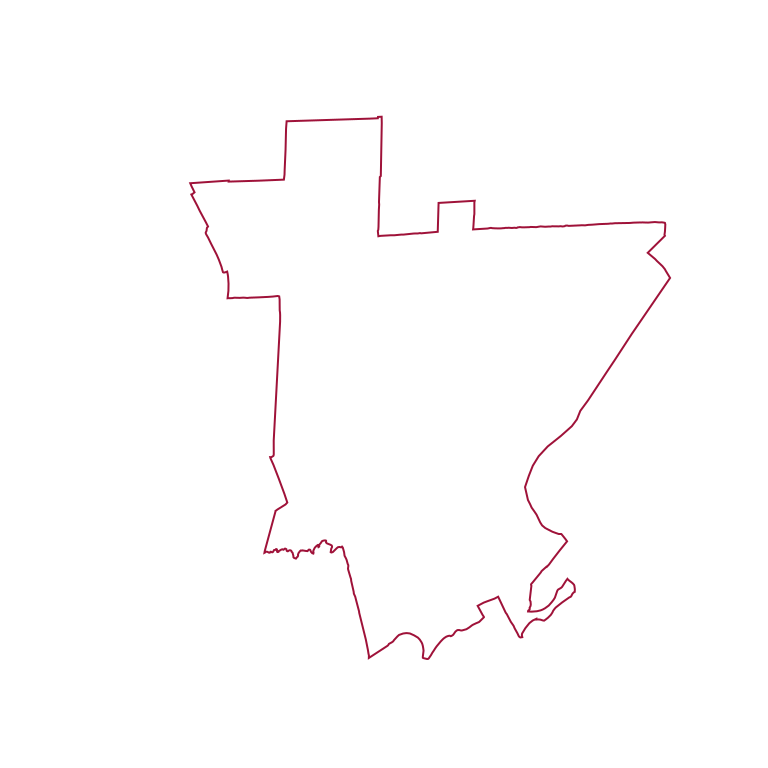 Parscoveni, Olt, Romania, rotated 293°
{"feature_id": "2599482B95439392945311", "entity_name": "Parscoveni", "entity_type": "district", "adm_level": 2, "iso_a3": "ROU", "parent_name": "Romania", "parent_adm1": "Olt", "projection": "robinson", "projection_center": [24.206, 44.311], "detail": "fine", "context": "isolated", "style": "outline", "palette": "rose", "viewbox_px": 768, "rotation_deg": 293, "n_neighbors": 0, "source": "geoboundaries", "source_scale": "gbopen_adm2", "svg_char_len": 6166}
<svg xmlns="http://www.w3.org/2000/svg" viewBox="0 0 768 768"><g transform="rotate(293 384 384)"><path d="M629.1,277.4L627.5,274.1L626.2,274.5L622.7,267.2L587.8,191.7L580.7,194.1L561.3,201.8L542.0,209.0L537.9,210.6L533.0,212.0L521.9,188.6L509.6,161.9L510.6,161.6L493.1,127.2L490.8,129.6L486.4,134.7L484.1,133.5L483.2,132.6L475.1,142.5L471.5,146.6L463.3,156.8L460.2,160.5L458.6,160.0L457.7,160.2L456.0,160.7L455.4,160.8L453.9,160.7L453.5,160.8L452.8,161.3L452.1,162.1L450.1,164.8L445.4,170.2L437.7,179.4L433.9,183.4L428.4,188.6L425.9,190.5L424.0,192.1L423.9,192.6L424.2,193.4L425.1,194.6L426.2,195.7L423.9,197.3L422.1,198.4L415.6,201.7L408.9,204.4L401.8,206.5L402.4,207.6L402.7,208.5L403.9,211.0L404.9,212.4L406.9,217.5L408.6,220.9L409.3,223.0L409.6,224.0L409.9,224.8L411.0,226.7L414.7,234.6L418.9,243.3L421.0,247.4L423.5,251.8L423.7,253.3L421.0,254.9L411.1,259.2L409.1,260.4L406.8,261.5L400.8,264.0L288.8,304.6L276.2,310.0L274.9,310.3L274.5,310.2L272.6,308.9L272.2,307.8L271.3,308.5L266.3,313.9L256.1,323.8L244.0,335.2L237.1,341.3L234.6,340.4L226.9,335.0L224.7,333.7L224.3,333.9L183.6,339.5L181.9,339.9L182.5,340.4L183.1,340.4L183.9,341.7L183.9,343.2L183.8,344.1L184.1,344.8L185.2,345.0L185.4,345.4L185.3,346.5L185.4,346.9L185.8,347.3L186.4,347.5L188.2,347.7L188.9,348.8L189.8,349.1L190.0,349.5L189.9,350.0L189.5,350.3L188.9,350.3L187.7,351.4L187.7,351.7L188.0,352.2L188.4,352.5L189.1,352.4L189.9,353.1L191.0,353.8L192.1,354.9L192.1,356.0L192.2,356.3L193.5,356.9L193.8,357.2L193.9,357.6L193.8,358.6L192.6,359.5L192.4,359.8L192.3,360.3L192.4,360.7L192.6,361.0L193.3,361.3L194.0,362.0L194.3,362.7L194.3,363.7L194.1,364.0L193.5,364.5L193.0,365.7L190.3,367.8L189.4,368.2L189.1,368.4L188.8,369.1L188.8,370.6L188.9,371.2L189.1,371.3L190.2,371.4L191.4,372.0L191.9,372.0L192.4,372.0L193.3,371.5L194.9,371.4L197.1,371.9L198.2,372.4L198.3,372.7L198.5,373.5L198.9,373.7L199.0,374.0L199.7,377.0L200.3,378.9L202.0,379.4L202.5,380.3L202.5,380.7L202.3,381.1L201.1,382.2L200.4,383.6L200.2,384.1L200.3,385.2L201.1,385.1L202.5,384.2L203.1,384.1L205.6,384.2L206.4,384.3L208.5,385.1L210.0,386.0L210.1,386.3L209.8,386.9L208.4,387.2L208.2,387.4L208.6,387.7L209.5,387.8L210.4,387.2L210.7,387.2L212.7,387.9L215.0,388.3L216.0,389.2L217.0,390.8L217.2,391.7L217.0,392.0L215.6,392.5L215.1,393.3L215.0,394.1L215.1,397.6L214.9,399.0L214.1,399.7L213.4,399.9L211.6,399.8L209.8,400.3L208.4,400.6L208.3,401.3L208.9,402.1L209.4,402.6L214.5,404.7L215.8,405.4L216.1,405.9L216.6,406.7L216.9,408.4L217.9,408.9L217.3,410.0L213.7,412.9L210.5,414.8L208.8,416.9L207.6,418.2L204.2,420.9L203.3,421.9L202.4,422.3L200.0,423.0L199.2,423.5L192.9,428.7L191.7,429.8L190.0,430.7L181.0,437.2L179.2,438.2L177.0,440.6L174.1,442.8L164.8,450.0L163.8,450.5L141.7,467.1L132.6,473.3L129.7,475.1L128.2,476.2L125.9,477.1L144.5,489.6L145.3,489.9L146.7,490.1L149.2,492.1L150.7,493.0L152.2,493.3L157.0,495.0L158.9,495.9L161.8,499.1L163.4,501.8L163.7,502.6L164.3,504.6L164.5,505.4L164.4,509.9L163.8,514.3L162.7,516.8L160.8,519.6L159.8,520.7L158.2,522.0L156.2,523.3L154.0,524.6L148.1,526.3L147.2,526.7L147.1,527.0L147.2,528.1L147.6,530.6L147.7,531.1L148.2,532.0L148.9,532.4L152.9,533.2L155.6,533.5L157.5,533.9L161.0,534.5L163.2,535.0L169.2,536.8L172.3,538.0L173.7,538.7L175.8,540.1L177.2,541.6L177.9,542.7L178.0,543.2L177.9,543.9L178.5,544.6L180.2,545.7L184.0,546.5L186.0,547.6L186.3,548.0L186.9,549.3L187.2,551.2L187.7,552.2L190.5,555.7L193.4,557.7L196.1,559.2L197.1,559.9L199.8,562.3L201.2,563.7L202.2,564.6L207.8,566.9L208.4,567.1L208.7,566.9L210.1,564.8L216.4,556.9L221.7,561.2L224.2,563.8L229.6,569.6L232.8,572.2L221.2,585.2L220.7,585.9L220.2,586.9L214.6,593.7L212.1,597.7L210.1,599.8L206.6,604.3L204.7,606.4L204.3,607.0L204.0,608.1L204.0,608.6L205.0,610.2L206.7,609.0L208.3,608.6L209.4,608.8L214.4,609.5L220.5,611.2L221.5,611.7L224.4,613.3L227.4,616.0L226.7,616.3L227.4,617.6L227.9,619.0L228.2,620.1L228.4,622.4L228.7,623.8L230.1,624.7L232.8,626.2L236.7,627.8L239.5,628.3L241.2,628.3L243.4,628.8L245.3,629.4L252.5,633.3L259.9,637.9L261.1,639.0L262.2,639.3L264.2,639.4L265.1,639.6L266.7,640.3L267.2,640.8L269.8,639.8L272.6,638.1L273.4,637.4L274.2,635.7L274.7,634.1L275.4,631.2L276.0,629.5L276.3,629.0L274.0,628.4L266.8,627.2L266.1,626.9L265.2,626.4L262.8,624.6L262.1,624.4L261.2,624.3L254.1,624.8L251.6,624.4L248.6,623.6L244.4,622.2L240.4,619.8L238.4,618.2L236.9,616.7L234.6,613.6L232.2,609.0L230.9,605.5L231.7,605.3L232.9,605.9L233.9,606.1L234.7,605.5L237.0,605.6L238.5,605.2L241.0,603.9L242.2,602.5L255.9,598.5L256.6,597.8L257.6,597.7L258.9,598.2L271.9,602.0L273.1,602.1L274.1,602.5L279.4,605.0L279.3,605.3L282.2,606.4L289.0,608.0L299.6,610.8L310.7,614.0L312.1,611.7L315.2,605.9L314.2,603.5L314.0,600.6L313.8,596.7L314.4,588.8L315.6,584.8L317.6,581.9L323.3,575.5L325.7,571.8L327.9,568.2L330.5,565.4L333.5,561.8L344.2,554.1L356.1,553.2L366.9,552.9L378.0,554.6L390.5,559.1L405.3,567.1L418.6,573.4L426.8,575.4L436.0,575.2L448.6,578.2L481.7,584.3L497.0,587.2L526.8,592.5L593.4,605.9L598.5,598.8L599.3,597.9L601.2,594.4L603.9,587.1L604.9,584.9L606.3,580.4L607.8,575.5L630.2,584.7L630.9,583.9L633.9,583.1L637.6,581.8L640.8,580.6L642.1,579.6L642.0,578.9L641.4,576.6L640.3,574.3L638.9,570.0L635.8,564.1L634.5,560.8L633.9,559.2L632.8,556.7L629.9,550.4L628.4,547.6L622.2,533.7L620.7,531.0L620.4,530.1L619.0,527.6L615.3,519.7L612.2,513.8L610.2,509.7L608.6,507.1L607.5,504.2L606.4,502.0L601.7,492.2L601.4,490.6L600.6,489.1L599.9,488.7L598.8,486.9L598.3,485.0L597.3,483.1L594.9,477.2L593.8,475.4L593.5,474.5L591.7,470.9L590.3,466.7L589.6,465.5L587.9,462.9L585.9,457.7L585.2,456.6L582.6,451.0L582.0,449.4L581.5,447.7L580.9,446.8L580.5,446.0L579.8,445.4L579.3,444.7L578.8,443.0L577.6,440.8L576.5,437.6L576.0,436.8L575.2,434.8L574.3,433.5L574.0,432.7L573.4,431.7L572.5,429.9L570.8,425.7L569.7,422.6L569.6,421.8L569.2,420.9L567.6,418.6L561.1,405.6L562.3,405.3L565.5,404.2L573.7,401.3L575.7,400.8L586.3,396.3L588.1,395.9L572.0,363.5L545.1,374.0L537.2,359.3L537.0,358.2L535.9,356.5L534.2,352.7L529.0,343.3L528.1,341.2L524.9,335.3L523.4,331.8L519.0,322.9L517.8,321.1L522.5,318.5L523.7,318.5L526.6,317.5L542.1,311.3L547.4,309.4L549.5,308.3L572.9,299.3L574.2,299.8L623.3,280.0L629.1,277.4Z" fill="none" stroke="#9f1239" stroke-width="2"/></g></svg>